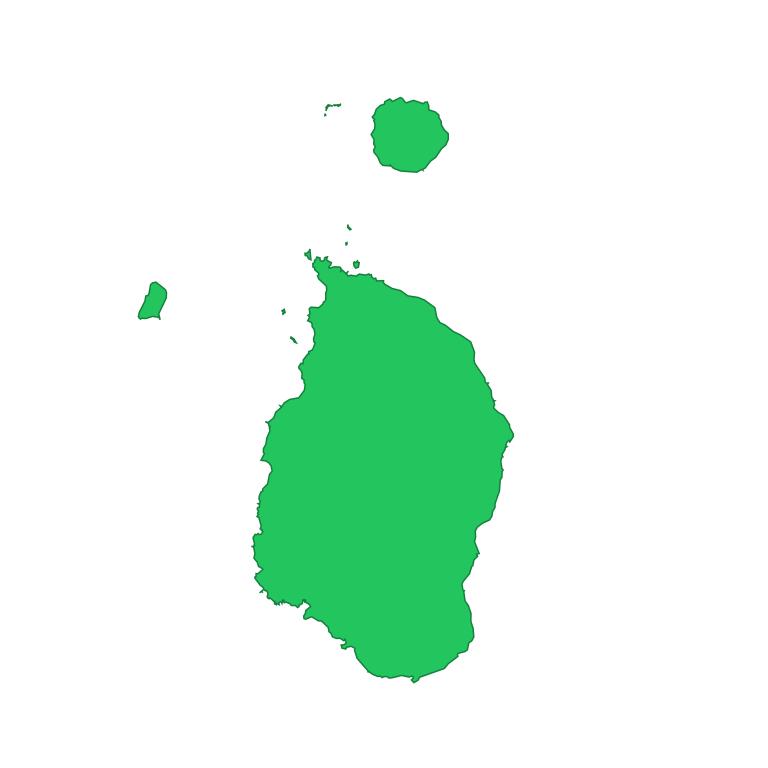 Biliran, Biliran, Philippines (Albers equal-area conic projection), rotated 42°
{"feature_id": "2640588B24635602844812", "entity_name": "Biliran", "entity_type": "district", "adm_level": 2, "iso_a3": "PHL", "parent_name": "Philippines", "parent_adm1": "Biliran", "projection": "albers", "projection_center": [124.427, 11.639], "detail": "fine", "context": "isolated", "style": "filled", "palette": "green", "viewbox_px": 768, "rotation_deg": 42, "n_neighbors": 0, "source": "geoboundaries", "source_scale": "gbopen_adm2", "svg_char_len": 6158}
<svg xmlns="http://www.w3.org/2000/svg" viewBox="0 0 768 768"><g transform="rotate(42 384 384)"><path d="M456.8,611.8L461.1,610.2L463.4,610.7L466.3,607.9L469.3,607.9L469.8,606.4L468.9,605.5L470.2,601.8L468.4,599.0L469.3,598.8L468.5,597.4L471.1,599.1L471.5,598.9L469.6,596.6L472.1,598.6L476.2,597.8L478.4,598.6L477.4,604.6L479.0,607.0L479.6,610.2L481.5,611.9L483.3,611.1L485.9,605.4L494.0,603.8L495.9,602.0L505.4,602.2L508.9,604.9L511.5,604.8L514.9,606.4L518.9,604.9L521.6,602.3L525.9,601.7L525.8,599.8L529.5,601.9L528.4,605.1L526.8,606.6L529.5,608.4L532.9,606.6L532.4,604.5L535.3,600.8L539.2,599.9L540.3,601.6L547.7,605.9L564.5,607.9L564.7,609.3L564.8,608.0L570.3,607.2L575.3,605.3L576.6,603.7L579.1,603.4L579.9,601.3L582.4,599.2L584.4,599.2L586.2,597.4L592.1,588.8L598.6,585.1L600.6,582.0L602.6,582.7L602.4,585.6L606.0,586.0L607.5,581.4L606.7,578.1L619.2,555.1L618.9,548.7L621.2,537.0L619.5,535.8L619.4,534.5L623.2,528.7L623.9,525.8L620.2,519.5L621.1,516.3L620.0,511.9L613.9,506.1L607.4,502.3L602.2,496.3L594.9,492.2L589.4,491.0L581.8,484.6L582.4,483.2L581.6,484.4L580.3,484.1L576.0,480.8L574.9,477.7L574.5,467.9L571.2,460.8L571.6,459.7L568.5,454.4L568.9,449.4L566.6,448.7L568.2,446.3L556.9,440.7L554.3,436.2L550.2,432.2L549.1,427.8L550.4,421.3L553.4,414.5L552.7,410.1L550.1,406.3L549.0,401.3L546.6,398.7L541.4,386.3L534.6,377.6L534.1,374.5L530.4,370.1L530.1,368.2L527.9,367.7L523.2,363.9L521.3,361.5L520.8,358.9L521.7,358.2L520.8,358.7L518.9,357.2L517.7,351.5L516.6,350.2L517.4,348.2L515.8,348.4L514.3,345.4L514.5,342.2L515.8,342.1L516.4,343.7L515.3,336.5L513.4,334.6L506.2,332.1L504.6,330.3L494.0,327.4L488.3,328.7L482.0,328.5L480.6,327.5L480.4,325.8L477.4,323.5L477.6,322.3L476.1,323.4L475.4,322.3L473.2,322.0L468.0,317.2L461.2,315.2L460.9,313.5L459.6,314.8L458.0,314.8L454.8,312.2L437.5,307.9L434.2,305.3L430.1,299.9L420.3,294.7L407.8,296.4L400.7,298.6L389.8,299.3L384.5,301.0L378.6,299.2L370.7,293.2L357.7,294.6L351.4,296.9L342.6,302.6L333.8,303.5L326.1,307.6L317.7,309.4L315.7,309.0L314.5,307.5L309.5,312.4L307.0,310.9L305.9,312.6L303.3,312.7L301.4,311.2L300.7,312.4L299.2,312.3L297.3,315.6L292.1,318.8L291.0,322.6L286.5,325.4L285.2,327.6L281.9,327.4L281.9,326.6L283.0,326.7L282.0,326.6L282.1,323.8L281.8,327.3L276.7,327.3L276.4,329.1L275.0,327.0L273.1,326.6L268.7,330.1L265.9,334.5L264.4,333.8L264.8,331.6L263.7,329.0L259.0,330.3L257.8,329.6L256.9,327.4L255.5,329.5L256.7,332.4L255.7,334.4L253.7,334.8L252.1,333.1L249.2,334.5L250.1,337.3L249.6,338.5L251.0,340.1L250.5,342.1L252.9,344.6L254.6,344.1L256.2,345.4L261.1,345.4L262.4,346.5L262.2,348.1L265.2,349.6L275.6,349.8L278.7,352.6L279.6,355.0L284.3,360.3L284.8,362.6L284.1,363.8L285.1,365.4L284.5,370.9L278.3,375.8L278.1,378.1L282.1,381.6L281.6,383.9L284.0,383.9L285.0,388.1L288.4,386.9L290.4,387.5L292.2,389.5L295.4,390.1L299.3,393.1L301.4,397.6L303.7,399.6L305.5,399.7L308.0,406.4L306.4,410.3L307.5,411.8L308.5,411.2L307.3,413.2L307.9,420.2L310.3,423.1L308.4,424.2L309.1,428.2L310.7,429.5L312.2,429.2L315.9,430.7L319.0,434.8L321.8,434.5L323.9,436.6L325.8,437.1L329.0,442.0L329.9,451.2L324.2,458.7L322.5,464.8L323.2,469.1L321.5,469.7L323.3,470.1L322.4,477.3L324.7,482.8L323.7,490.1L320.9,491.4L324.6,490.6L326.4,492.1L328.0,491.9L328.0,493.2L330.5,495.0L333.2,502.8L336.6,507.9L337.6,512.5L339.9,515.4L341.7,515.8L343.7,523.0L347.5,520.3L351.1,519.7L354.8,520.3L359.2,523.6L359.3,527.6L364.4,536.2L364.1,542.9L365.5,544.8L364.8,546.6L366.2,550.6L368.1,553.2L370.8,554.3L371.3,555.9L370.5,557.2L372.1,556.9L373.6,558.5L372.8,560.6L373.8,562.0L375.7,562.4L376.7,564.8L377.9,564.8L378.3,567.5L380.6,567.1L387.8,571.7L388.9,574.5L390.4,573.9L390.5,574.6L393.4,574.8L392.7,575.0L393.3,578.0L391.6,579.6L390.6,579.3L390.1,581.4L388.8,582.0L389.5,585.8L394.6,589.3L395.3,590.7L396.4,590.4L395.6,591.0L395.9,591.7L394.1,593.5L395.6,592.5L397.9,593.6L401.7,596.5L403.8,600.4L408.9,601.2L412.9,603.5L417.2,602.5L418.0,603.0L417.2,609.4L415.8,610.5L417.8,612.7L417.2,613.4L417.9,614.7L426.9,616.4L430.4,616.0L432.0,617.0L431.3,622.5L431.7,620.1L433.7,620.0L431.7,620.0L432.0,617.2L434.1,617.1L434.9,616.1L437.6,617.0L439.8,620.5L440.9,620.8L441.7,619.7L442.3,620.4L443.3,619.1L448.0,619.3L448.5,618.5L449.6,620.6L451.7,620.0L450.8,618.9L453.8,618.1L452.2,617.1L452.3,615.6L453.2,614.8L454.7,615.3L454.2,614.7L455.1,614.1L453.4,612.7L453.7,611.7L456.5,612.9L456.8,611.8ZM227.4,145.5L225.8,147.4L225.7,149.3L216.1,153.5L212.6,159.8L211.2,160.5L206.6,159.5L204.5,160.2L201.3,168.3L197.6,168.3L195.7,173.7L197.0,175.8L194.9,179.4L194.4,185.1L196.6,190.2L196.5,193.3L198.9,194.2L198.2,193.7L199.9,193.6L200.3,195.2L203.4,196.8L206.2,200.5L207.6,207.3L213.0,208.9L215.8,212.6L218.7,213.4L219.8,217.1L221.7,218.6L227.4,219.4L233.3,222.2L236.9,222.3L242.6,217.8L242.2,217.1L246.8,217.3L253.8,214.6L266.7,204.6L268.4,199.4L269.8,199.1L269.1,198.7L270.1,196.0L269.4,187.4L270.7,181.1L269.3,170.5L270.0,165.1L268.0,159.0L264.1,154.9L259.1,154.9L253.6,153.2L250.7,150.6L246.4,149.2L244.8,147.4L239.8,147.6L233.8,150.3L231.2,147.4L227.4,145.5ZM158.4,460.2L146.4,460.9L144.3,463.8L144.1,466.4L148.9,474.1L149.3,476.3L148.1,478.0L150.9,482.4L154.2,494.4L156.5,498.4L158.3,498.8L159.7,498.6L159.8,497.4L163.1,494.8L166.8,488.6L171.9,485.2L174.6,486.0L169.6,482.6L164.6,465.7L161.1,461.5L158.4,460.2ZM286.8,314.3L284.4,310.4L283.4,311.1L282.0,310.2L281.6,312.9L280.2,313.2L280.5,314.5L282.9,316.4L285.4,316.8L286.8,314.3ZM246.6,340.6L239.8,334.4L238.7,333.2L239.5,335.9L239.1,338.7L237.8,339.8L239.5,341.2L241.2,340.2L244.2,341.4L246.6,340.6ZM284.0,412.4L287.2,411.9L289.2,412.9L291.3,412.1L286.8,410.8L283.5,411.3L284.0,412.4ZM262.6,396.9L259.8,395.3L259.6,397.4L258.6,397.9L260.4,397.9L261.7,398.6L261.7,399.5L262.2,399.8L262.6,396.9ZM160.2,211.5L155.7,213.9L155.9,217.5L157.0,217.8L158.0,220.0L156.7,215.5L157.7,213.2L160.2,211.5ZM250.5,289.8L252.1,291.9L255.6,292.2L255.9,291.1L252.5,291.0L250.5,289.8ZM164.3,204.6L164.3,206.2L162.5,207.8L163.1,208.3L164.3,208.1L164.9,206.5L164.3,204.6ZM261.8,303.7L261.3,305.0L262.8,305.9L263.0,305.0L261.8,303.7ZM160.9,223.3L159.3,222.5L160.5,224.1L160.9,223.3ZM162.2,208.8L160.8,209.3L160.2,210.2L160.9,210.3L162.2,208.8Z" fill="#22c55e" stroke="#15803d" stroke-width="1.5"/></g></svg>